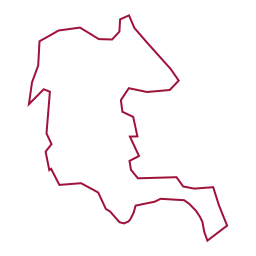 James City, Virginia, United States of America
{"feature_id": "52423323B62704656861756", "entity_name": "James City", "entity_type": "district", "adm_level": 2, "iso_a3": "USA", "parent_name": "United States of America", "parent_adm1": "Virginia", "projection": "orthographic", "projection_center": [-76.748, 37.317], "detail": "fine", "context": "isolated", "style": "outline", "palette": "rose", "viewbox_px": 256, "rotation_deg": 0, "n_neighbors": 0, "source": "geoboundaries", "source_scale": "gbopen_adm2", "svg_char_len": 845}
<svg xmlns="http://www.w3.org/2000/svg" viewBox="0 0 256 256"><path d="M129.0,15.4L120.1,19.4L119.4,31.6L112.1,39.5L98.8,39.1L80.0,27.6L58.6,30.5L39.5,41.3L38.2,65.5L32.0,82.4L28.9,104.2L43.7,89.3L49.9,91.7L46.5,133.4L51.5,144.1L45.6,151.7L49.3,170.1L51.1,168.8L59.4,184.9L81.0,183.2L83.1,184.3L98.2,192.5L101.1,198.8L105.9,209.0L110.0,211.4L119.5,222.2L123.9,223.4L128.4,221.5L130.2,219.5L133.6,212.8L135.6,205.6L154.7,201.7L160.6,198.8L184.1,200.2L189.3,203.9L196.1,210.9L200.0,216.9L202.4,221.8L204.2,231.7L207.4,240.6L227.1,225.6L219.0,205.5L213.2,187.2L194.3,188.6L183.2,186.5L176.5,177.2L137.9,178.3L131.0,169.9L129.5,160.9L139.0,156.0L129.9,136.6L137.4,136.4L133.2,116.9L122.4,111.8L120.9,100.1L128.8,88.2L147.0,92.0L169.7,90.0L178.7,80.6L170.6,68.9L146.7,42.2L134.4,28.0L129.0,15.4Z" fill="none" stroke="#9f1239" stroke-width="2"/></svg>